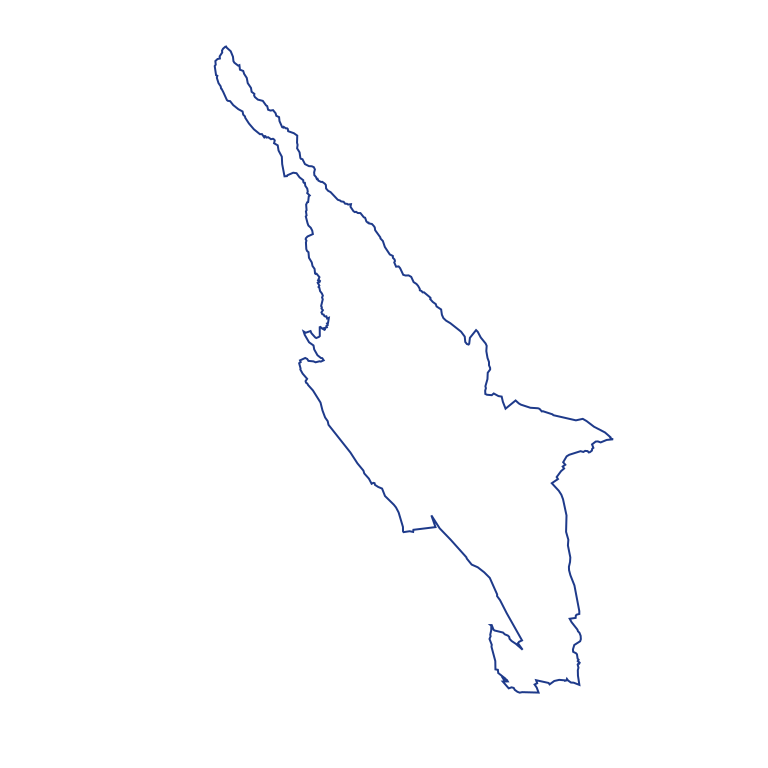 Xiutetelco, Puebla, Mexico, rotated 315°
{"feature_id": "50627088B11716767923603", "entity_name": "Xiutetelco", "entity_type": "district", "adm_level": 2, "iso_a3": "MEX", "parent_name": "Mexico", "parent_adm1": "Puebla", "projection": "equal_earth", "projection_center": [-97.339, 19.746], "detail": "fine", "context": "isolated", "style": "outline", "palette": "blue", "viewbox_px": 768, "rotation_deg": 315, "n_neighbors": 0, "source": "geoboundaries", "source_scale": "gbopen_adm2", "svg_char_len": 6119}
<svg xmlns="http://www.w3.org/2000/svg" viewBox="0 0 768 768"><g transform="rotate(315 384 384)"><path d="M319.2,521.6L324.6,510.4L321.3,525.4L321.0,541.5L319.7,564.8L319.1,566.0L318.3,573.7L320.7,579.9L321.7,588.0L321.7,595.9L315.2,612.8L314.0,613.9L313.2,618.9L308.7,632.8L300.3,662.9L297.3,661.8L295.4,662.0L294.1,669.9L293.5,661.0L292.5,655.9L292.6,653.0L293.7,651.3L293.7,649.5L292.4,646.4L292.4,643.9L287.9,636.5L287.7,635.2L289.7,630.6L288.9,629.8L289.0,630.7L285.9,633.8L281.7,636.5L281.1,637.7L278.3,638.9L275.8,644.6L274.2,645.8L266.8,658.6L261.0,664.6L262.4,666.6L260.4,669.2L261.3,676.5L260.2,675.5L259.6,678.0L260.8,678.2L261.6,680.1L261.2,681.8L257.6,678.4L257.0,687.4L259.7,688.7L260.8,690.6L260.2,692.7L260.7,696.0L261.7,698.2L263.8,699.6L275.1,711.5L277.3,706.7L278.0,703.0L280.7,703.9L282.1,701.0L289.0,711.8L288.7,713.5L294.4,714.4L298.7,717.1L302.3,721.4L302.1,721.8L303.4,722.6L304.8,721.9L304.5,723.8L305.1,727.3L306.9,729.3L309.4,734.9L314.9,727.4L318.7,723.4L320.9,722.1L322.6,719.3L323.8,719.1L324.3,719.8L325.3,719.4L325.1,716.9L326.6,716.6L326.7,715.1L329.3,711.6L329.4,710.2L328.4,707.1L329.9,705.3L334.0,703.1L340.8,704.6L342.8,703.6L345.0,701.1L346.3,698.1L346.3,696.0L347.1,694.4L348.2,685.1L349.3,681.3L354.1,684.9L355.9,683.4L357.1,683.3L359.5,684.7L361.5,682.7L376.2,661.1L380.6,651.0L383.2,646.5L385.5,644.0L389.7,641.4L393.1,638.4L399.9,628.2L404.2,624.5L408.2,617.3L420.1,606.0L429.1,592.1L431.1,587.7L432.1,583.1L432.5,572.8L439.8,574.2L440.3,571.9L447.6,570.8L451.6,571.1L452.0,568.7L455.1,569.3L455.4,566.0L462.0,564.3L464.9,565.0L475.5,570.5L476.9,573.0L478.9,573.5L480.5,575.4L480.4,577.2L481.4,577.8L483.9,578.1L485.5,577.0L486.9,577.2L488.4,573.8L493.0,574.4L494.6,575.8L495.9,578.5L501.9,581.0L506.9,585.1L506.2,583.6L506.1,581.9L506.5,581.7L506.0,574.5L502.3,562.8L501.0,553.3L499.9,549.2L494.0,545.4L481.7,525.8L481.7,524.6L477.1,515.6L476.2,515.0L476.4,511.5L475.7,510.0L470.7,504.3L466.2,495.4L465.6,493.1L465.4,488.7L452.5,487.4L455.5,480.6L458.3,476.1L456.4,473.5L454.9,468.3L452.3,468.1L449.2,464.4L448.6,462.7L450.9,460.2L453.1,459.0L454.1,457.3L460.6,453.7L465.3,449.4L469.3,448.8L470.4,447.7L471.5,445.0L473.8,442.7L475.6,438.8L479.6,433.1L483.6,429.6L484.5,427.2L485.3,419.5L487.2,413.4L487.2,411.0L477.4,412.1L472.7,415.8L471.7,415.9L470.9,414.4L471.2,411.7L474.6,407.6L475.5,401.5L473.9,387.9L472.7,383.1L472.6,379.4L473.9,376.0L477.1,371.7L476.0,366.3L477.1,364.1L476.5,360.4L476.7,356.6L477.7,356.2L477.8,354.9L477.1,347.4L476.1,346.5L476.3,344.8L475.6,343.1L476.6,341.9L477.5,338.7L477.7,336.2L477.0,332.9L479.0,327.5L478.2,324.6L476.0,322.6L474.8,320.4L477.3,313.5L477.5,311.2L475.5,309.6L477.2,305.3L478.7,304.8L479.5,303.4L479.5,301.1L480.8,299.7L479.7,296.5L481.5,287.7L484.3,282.1L484.4,278.6L485.1,277.7L486.5,269.0L488.2,266.7L488.5,265.0L488.6,262.3L486.9,259.8L487.2,258.9L486.6,258.5L486.5,256.6L488.2,253.1L487.6,251.8L488.2,246.5L486.4,244.6L486.0,242.5L484.9,241.8L484.6,240.2L485.6,235.0L487.8,233.5L485.5,231.7L485.3,230.5L484.0,229.0L484.3,226.6L482.8,224.6L482.7,223.3L481.6,221.0L481.9,210.5L481.1,207.9L481.3,204.8L483.6,202.2L483.8,200.6L483.3,197.4L482.4,196.7L481.4,193.8L482.1,191.9L481.4,191.6L482.3,189.4L482.4,187.1L484.3,184.9L486.9,183.4L487.7,181.0L486.9,179.0L485.0,176.9L483.6,172.6L485.3,167.4L484.5,166.0L484.7,165.0L488.1,160.5L489.2,155.9L492.0,153.8L493.1,151.9L498.3,147.0L497.6,142.9L495.0,137.5L496.3,135.6L496.2,134.5L495.4,133.9L494.9,131.3L494.1,131.5L493.6,130.4L496.0,124.2L498.5,121.1L497.5,118.2L498.8,115.9L499.2,111.9L497.1,110.4L496.0,108.1L497.9,104.9L497.6,103.6L498.5,98.1L495.9,93.7L495.6,89.8L496.2,88.1L497.5,87.2L497.0,83.8L499.3,80.6L500.4,74.9L503.4,70.5L504.4,65.8L505.8,63.1L504.4,59.9L507.2,56.3L506.0,55.8L505.4,51.0L505.8,49.3L508.6,45.8L510.9,40.3L510.6,34.6L511.0,33.8L510.3,33.3L507.3,33.1L505.2,33.7L504.0,35.2L499.5,36.1L498.1,37.8L496.1,36.5L493.1,36.4L490.8,39.2L489.1,39.5L483.6,46.9L484.1,48.2L482.3,49.3L479.7,54.3L479.0,58.0L477.7,59.9L477.9,60.4L476.8,63.9L473.7,72.1L473.8,73.3L475.2,75.2L474.6,80.1L475.3,86.6L476.7,91.3L474.9,94.0L474.9,96.5L474.1,97.7L472.7,104.3L472.1,111.9L472.9,119.6L474.4,121.0L473.7,124.9L474.5,124.8L474.7,124.1L475.4,124.9L475.1,126.6L476.6,127.6L477.2,131.0L478.9,132.1L479.2,133.7L478.9,134.6L476.5,136.0L477.6,140.1L474.5,144.4L472.5,151.0L467.5,156.5L460.5,166.8L462.4,168.4L463.3,168.1L469.2,170.4L471.2,173.1L470.4,178.2L471.0,182.8L469.8,184.1L469.6,185.0L470.3,185.8L468.5,188.2L467.9,191.5L466.2,194.0L464.7,194.7L464.8,198.2L463.5,198.1L459.0,201.7L458.2,201.2L455.8,202.1L452.1,206.4L450.9,206.7L448.4,210.1L447.2,210.2L443.6,216.3L442.6,218.5L442.7,221.7L441.7,224.8L439.7,227.7L434.2,225.6L431.8,225.7L431.0,226.2L430.5,227.8L428.9,228.7L424.5,233.6L423.7,235.3L423.8,237.4L420.2,241.7L418.9,246.9L416.9,250.0L416.3,253.5L413.4,257.1L413.5,257.9L414.3,258.3L413.9,262.8L410.6,264.1L410.9,264.9L411.6,264.8L411.6,265.9L410.5,266.3L410.2,265.6L408.7,265.5L407.9,268.7L406.3,269.1L406.3,270.3L404.5,273.1L404.1,276.1L403.2,278.3L401.4,279.0L400.6,280.8L394.7,284.4L394.3,285.8L393.2,286.4L393.0,288.6L390.4,289.1L389.7,291.0L390.4,292.3L389.9,293.6L390.2,294.8L391.1,295.4L390.1,297.5L391.8,298.2L387.5,301.3L386.5,300.9L386.0,302.5L384.2,302.3L383.7,303.5L381.7,302.5L380.8,303.7L380.1,303.5L380.3,301.6L379.5,301.4L379.4,298.7L378.7,298.4L372.5,304.7L371.3,304.7L368.6,303.6L368.3,302.4L368.6,296.8L369.5,294.6L364.9,292.4L364.3,290.0L362.7,293.2L360.5,301.5L361.4,306.9L359.1,310.2L357.3,316.6L357.8,321.0L358.6,322.1L358.1,324.6L355.2,323.5L354.4,322.3L351.0,320.3L350.1,318.1L346.9,314.2L347.4,312.0L346.7,309.9L341.3,307.9L340.6,309.6L338.7,309.3L336.0,314.0L335.1,314.6L333.8,319.1L333.3,326.0L330.6,326.5L329.8,327.9L330.1,329.4L329.6,331.1L329.2,338.3L326.0,352.2L321.8,359.2L318.7,366.0L317.9,370.5L315.9,373.6L311.8,408.7L309.1,421.3L308.2,430.7L306.8,433.3L306.4,440.2L304.7,445.8L306.5,446.3L307.2,447.4L306.3,449.0L307.1,452.7L308.7,456.6L305.5,463.9L305.6,476.3L305.2,479.8L303.5,485.2L296.3,498.5L293.3,501.6L293.1,502.6L298.0,506.2L300.0,509.2L301.7,507.9L319.2,521.6Z" fill="none" stroke="#1e3a8a" stroke-width="2"/></g></svg>